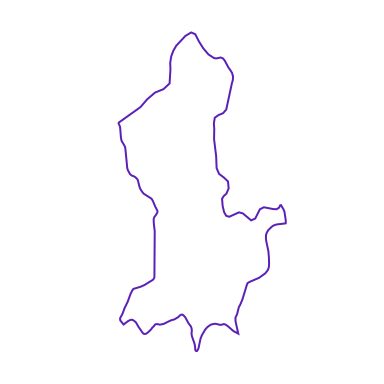 map outline of Yala (Equal Earth projection), rotated 172°
{"feature_id": "THA-388", "entity_name": "Yala", "entity_type": "Province", "adm_level": 1, "iso_a3": "THA", "parent_name": "Thailand", "parent_adm1": "", "projection": "equal_earth", "projection_center": [101.243, 6.153], "detail": "fine", "context": "isolated", "style": "outline", "palette": "violet", "viewbox_px": 384, "rotation_deg": 172, "n_neighbors": 0, "source": "natural_earth", "source_scale": "10m", "svg_char_len": 2750}
<svg xmlns="http://www.w3.org/2000/svg" viewBox="0 0 384 384"><g transform="rotate(172 192 192)"><path d="M105.7,166.6L103.8,162.1L103.2,159.6L103.1,150.9L103.5,148.2L103.6,147.9L109.1,148.0L112.2,148.1L114.6,147.8L115.7,147.5L116.9,147.0L118.3,146.2L121.7,143.7L123.2,141.9L124.6,139.5L125.3,135.5L125.3,132.6L124.6,122.9L125.0,115.9L125.7,109.9L126.3,107.0L127.7,104.2L130.7,101.3L137.5,97.7L147.7,94.9L149.7,94.0L150.9,91.8L157.0,78.6L160.5,72.8L161.1,72.3L161.6,71.5L164.3,64.9L165.2,63.4L166.4,61.7L166.9,57.9L165.9,45.3L170.4,48.6L175.6,54.6L177.4,56.1L178.8,56.8L180.5,56.5L181.6,56.4L182.9,56.6L186.1,57.9L187.6,58.3L189.7,58.3L192.1,57.9L195.7,56.0L198.2,53.8L201.9,49.1L202.4,48.4L202.8,47.6L203.2,46.9L204.1,45.3L207.2,36.6L207.8,35.5L209.2,33.9L210.0,33.9L210.5,34.4L210.7,35.4L210.5,39.0L210.6,41.4L212.1,49.0L212.2,50.1L212.2,51.2L212.1,52.2L211.5,54.5L211.4,55.5L211.4,56.6L211.5,57.6L211.6,58.1L211.8,59.0L212.6,60.5L213.2,61.5L213.9,62.9L216.0,68.6L216.7,69.8L217.9,71.4L219.0,72.0L219.9,72.0L220.7,71.7L223.3,69.9L227.2,68.3L230.9,67.8L238.5,65.3L242.3,65.1L244.7,66.0L246.1,66.1L247.0,65.9L248.7,64.2L250.1,63.3L251.8,61.5L255.6,58.8L257.4,58.0L258.5,58.0L259.4,58.2L260.0,58.8L260.5,59.5L263.8,66.0L265.3,69.8L265.8,70.8L266.6,71.8L268.3,73.4L269.5,73.9L270.6,73.9L273.0,73.2L278.2,70.3L280.9,74.8L280.8,76.9L280.3,77.7L278.3,80.3L276.9,82.7L275.0,86.3L271.0,92.2L267.0,99.7L265.0,102.6L263.5,104.2L256.2,105.3L252.0,106.5L242.9,110.5L241.9,111.5L241.3,112.5L241.0,113.4L234.4,158.2L234.2,166.2L233.8,170.1L233.4,171.4L232.8,172.4L231.0,174.2L229.3,176.3L228.9,177.6L229.0,178.7L230.4,182.5L231.9,188.3L232.6,190.1L233.0,190.9L233.5,191.4L239.9,196.9L240.9,198.3L242.5,201.6L242.8,202.5L243.3,204.5L243.9,210.5L244.1,211.6L244.5,212.5L246.0,214.5L247.2,215.5L249.5,216.8L250.0,217.3L250.6,218.0L251.4,219.6L252.4,222.4L252.8,224.6L252.0,243.1L252.0,245.6L252.2,246.6L253.6,250.1L254.4,251.7L254.7,253.3L254.8,255.7L254.2,265.7L254.3,266.9L254.5,268.0L255.4,270.6L255.5,270.6L231.3,283.2L223.4,290.1L214.8,295.6L206.0,297.8L199.1,302.6L196.3,316.3L195.6,323.0L193.7,329.2L190.8,334.5L187.3,339.0L176.8,347.5L170.6,350.1L166.8,347.8L164.2,340.2L160.8,332.6L156.6,326.0L151.5,321.5L149.3,320.9L145.0,321.2L142.8,320.0L141.3,317.6L138.7,310.5L136.9,306.9L135.8,304.4L135.3,301.0L135.9,297.4L137.4,294.0L146.6,268.9L150.3,265.7L155.0,264.5L159.1,262.4L160.8,256.9L161.2,251.2L162.8,241.3L163.1,224.1L164.3,212.2L162.7,206.2L158.5,202.0L154.9,197.5L155.2,190.5L158.2,185.5L161.1,183.6L163.2,181.1L163.6,173.7L163.0,167.6L161.5,163.7L158.6,162.3L148.3,165.3L144.6,163.7L137.4,155.7L133.1,156.9L127.2,165.4L123.0,166.9L113.6,163.7L110.6,163.2L107.9,164.4L106.6,166.5L105.7,166.6Z" fill="none" stroke="#5b21b6" stroke-width="2"/></g></svg>